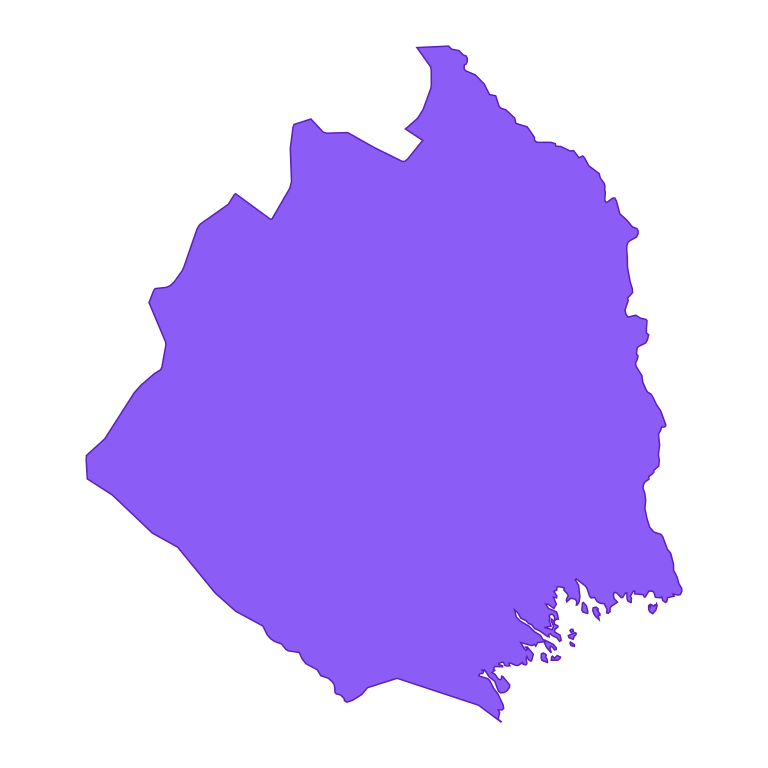 map outline of Norrbotten (orthographic projection)
{"feature_id": "SWE-190", "entity_name": "Norrbotten", "entity_type": "County", "adm_level": 1, "iso_a3": "SWE", "parent_name": "Sweden", "parent_adm1": "", "projection": "orthographic", "projection_center": [22.14, 67.052], "detail": "fine", "context": "isolated", "style": "filled", "palette": "violet", "viewbox_px": 768, "rotation_deg": 0, "n_neighbors": 0, "source": "natural_earth", "source_scale": "10m", "svg_char_len": 6106}
<svg xmlns="http://www.w3.org/2000/svg" viewBox="0 0 768 768"><path d="M402.3,161.4L404.9,161.3L407.4,159.3L422.7,140.4L405.4,129.0L417.6,118.3L423.1,109.5L430.9,88.2L431.3,85.0L431.2,70.0L430.8,67.1L416.9,47.6L448.6,46.1L451.7,49.2L459.0,50.6L463.1,54.9L466.0,55.9L467.3,58.3L467.3,61.3L466.2,64.0L464.3,65.0L464.1,68.5L465.3,70.6L475.4,75.0L484.2,84.0L489.5,94.6L495.7,95.8L499.1,106.4L501.1,108.3L505.8,109.8L514.7,118.0L515.9,123.4L527.2,126.8L534.4,137.3L534.6,140.4L536.7,142.3L551.1,142.4L555.3,143.7L555.8,146.2L560.7,146.5L570.2,151.0L573.6,150.6L579.0,157.7L582.8,156.0L584.4,157.7L588.9,165.9L599.2,173.6L600.2,177.9L604.0,183.1L605.0,185.9L604.7,189.9L605.4,192.5L604.8,199.2L605.0,200.7L605.9,202.1L607.3,202.1L612.6,198.1L614.8,198.0L616.4,201.0L619.9,213.9L626.5,219.8L632.4,226.9L636.8,228.5L638.1,230.7L638.1,233.6L636.6,237.0L630.0,240.6L627.9,242.5L626.9,245.5L626.7,249.5L627.3,257.1L627.5,267.2L630.1,281.5L632.3,288.6L632.6,292.6L627.5,298.2L628.3,300.2L625.0,310.0L625.9,314.2L628.1,317.1L635.8,315.2L640.3,318.1L646.2,319.5L647.0,320.7L646.4,329.3L646.5,333.2L648.7,334.7L647.4,340.0L645.7,342.9L638.3,346.6L637.1,348.1L636.5,354.1L638.1,356.0L637.0,360.0L635.5,363.0L636.1,366.4L641.9,375.6L642.8,382.3L645.9,389.3L647.5,392.0L650.7,393.9L652.4,396.2L656.5,404.7L660.6,410.7L665.8,424.8L665.5,426.3L664.5,426.9L661.5,427.3L660.6,430.4L658.5,434.2L659.6,445.2L658.4,454.5L659.3,460.5L658.7,466.1L653.8,470.4L653.8,472.2L652.4,473.9L648.8,476.6L648.9,479.3L645.2,481.7L643.6,484.3L643.0,488.2L644.8,493.3L645.7,500.4L644.9,508.5L647.0,518.6L649.6,527.1L653.9,532.0L661.1,534.5L662.7,536.6L667.4,549.3L670.7,553.3L673.5,564.1L673.6,570.4L677.1,577.0L678.9,583.7L681.7,588.4L681.8,591.4L680.3,594.6L677.9,595.1L672.8,593.9L674.3,596.2L667.6,597.6L666.8,601.5L665.6,602.5L662.7,600.4L661.7,596.8L660.5,597.8L655.4,597.3L653.9,592.3L652.3,591.2L648.9,591.1L645.2,597.0L644.3,597.0L643.2,594.7L634.6,593.9L635.0,591.5L633.5,590.9L630.3,596.3L631.4,598.0L631.2,602.3L630.9,602.6L627.8,600.9L627.0,598.4L626.9,592.9L625.4,593.1L622.6,597.5L621.1,597.6L616.9,593.1L614.5,592.4L613.6,593.6L613.6,596.6L614.2,598.7L617.5,602.2L611.3,606.3L610.0,608.3L610.1,611.5L608.3,613.3L606.6,612.9L607.1,609.4L604.2,603.7L600.2,603.3L597.0,601.4L594.9,597.9L594.0,597.5L591.1,598.0L589.5,596.0L587.3,589.1L585.8,586.4L576.5,579.0L575.2,579.6L578.6,585.3L579.9,596.7L579.2,601.6L577.5,604.7L576.4,605.1L576.7,601.2L574.9,599.1L570.9,598.2L566.8,601.8L566.4,600.3L566.8,598.4L568.2,595.9L567.3,593.7L563.9,590.2L564.4,587.9L559.4,586.7L556.9,587.1L556.7,590.2L553.9,591.3L556.8,595.9L556.6,597.9L553.4,597.2L556.3,604.2L553.9,608.5L548.2,604.3L545.7,604.2L548.6,608.5L556.4,611.8L557.5,614.5L558.3,619.2L556.5,619.2L554.9,620.5L554.2,616.4L552.7,614.4L550.8,614.3L549.1,615.8L549.9,617.8L549.2,620.5L551.1,626.2L544.4,627.5L552.2,629.6L553.5,626.2L551.1,620.5L551.6,619.1L552.7,619.8L554.5,622.8L554.0,623.9L557.8,625.8L558.1,626.8L555.0,629.4L554.5,630.9L555.2,632.3L560.0,635.1L561.3,640.2L559.6,641.4L557.1,637.9L552.1,635.5L550.4,633.6L548.7,634.5L549.1,636.9L547.1,636.3L540.0,631.0L534.7,628.6L531.5,624.5L528.6,623.6L526.2,620.8L520.8,618.2L517.8,612.7L514.6,609.8L516.2,616.8L520.4,621.2L529.0,626.2L534.8,632.0L540.4,635.3L543.0,639.6L545.3,640.3L543.5,641.8L537.6,642.6L535.7,646.2L534.4,644.4L531.8,645.6L520.7,642.5L524.0,648.3L525.9,650.4L527.5,649.4L525.5,647.2L527.3,647.0L533.3,654.2L531.8,660.1L530.8,661.2L528.6,659.8L526.9,656.5L526.2,658.5L526.9,663.6L525.9,664.9L523.1,664.3L522.6,662.4L518.3,665.4L516.1,665.5L510.2,663.0L508.9,663.4L509.9,665.8L506.6,666.0L504.9,665.4L503.4,662.3L501.8,662.3L498.8,663.4L498.8,664.5L502.6,665.8L502.6,666.8L494.8,666.5L493.4,669.2L494.8,670.3L491.9,672.6L494.9,674.2L498.5,679.2L500.1,679.7L501.4,678.9L501.6,676.2L502.9,676.7L509.7,684.9L509.5,687.3L507.3,690.5L504.1,692.5L500.8,692.9L498.5,691.4L494.7,681.4L489.0,676.7L484.6,669.9L482.2,670.2L483.7,671.4L482.7,673.5L479.8,673.7L478.8,675.9L487.7,678.6L489.9,680.8L494.1,689.0L498.0,694.1L503.0,704.7L503.7,708.3L502.3,709.8L498.3,710.0L499.6,712.6L498.2,719.3L501.2,721.7L500.9,721.9L478.5,705.2L397.1,678.3L367.5,687.7L361.8,694.5L352.8,700.2L346.9,702.2L344.4,700.6L344.2,698.6L340.6,695.0L336.4,693.9L335.0,692.5L334.7,687.3L334.0,684.2L332.1,681.6L328.2,678.2L320.8,675.7L317.3,669.8L305.8,663.6L302.1,658.8L299.2,652.5L288.2,650.8L285.8,649.3L281.6,644.0L274.3,641.3L270.6,638.7L267.1,634.7L262.9,626.0L235.6,611.2L215.2,593.0L177.7,547.2L152.4,533.1L112.3,495.0L87.3,478.9L86.2,460.2L86.4,455.5L104.7,438.9L134.3,392.7L140.9,385.3L154.3,373.7L160.6,369.8L161.9,367.1L165.8,345.3L165.7,342.2L149.0,302.6L153.7,290.5L155.1,288.6L166.1,287.4L170.3,285.6L174.2,281.9L182.0,271.0L183.7,267.5L196.9,229.4L198.6,226.2L200.4,224.0L228.4,204.2L234.2,194.8L235.6,193.7L270.4,219.3L272.0,218.9L289.7,188.4L291.5,181.7L290.3,148.1L293.0,127.3L294.1,124.4L310.9,119.0L323.2,132.1L326.6,133.2L347.7,132.6L374.7,147.8L402.3,161.4ZM546.5,647.4L544.2,642.2L547.0,641.1L553.5,644.5L556.3,647.9L556.3,649.4L554.5,650.0L552.7,647.4L550.7,646.3L550.1,646.9L550.1,649.1L551.2,652.1L550.8,652.3L546.5,647.4ZM656.6,603.9L657.1,605.6L655.9,610.0L652.8,613.7L650.0,612.0L648.7,609.6L648.6,605.9L649.2,605.0L650.3,607.1L650.8,604.4L653.7,606.1L655.1,604.7L656.0,605.7L656.6,603.9ZM597.2,610.1L600.1,614.1L599.9,615.3L598.6,615.0L598.4,615.9L599.2,619.8L596.0,616.9L594.0,614.0L592.8,610.8L593.1,607.9L596.1,607.1L598.0,608.6L598.2,609.9L597.2,610.1ZM583.0,612.1L581.9,610.3L581.9,609.3L582.5,603.1L583.3,602.4L586.4,605.8L587.9,611.9L587.5,613.5L583.0,612.1ZM541.9,660.4L541.1,657.8L541.4,653.9L543.3,653.0L545.9,654.4L546.2,655.4L545.6,657.1L547.1,659.4L547.5,661.5L547.4,662.5L541.9,660.4ZM557.2,655.5L560.5,657.1L560.0,658.5L557.6,660.3L551.2,660.2L551.8,656.6L552.7,656.2L554.5,658.3L557.2,655.5ZM568.3,635.6L575.1,632.6L576.2,633.3L575.9,634.9L574.2,636.3L573.1,639.3L569.0,637.7L568.3,635.6ZM570.4,642.0L574.1,644.4L574.5,645.5L574.3,646.4L571.0,645.6L570.0,643.4L570.4,642.0ZM571.1,632.4L570.0,630.6L571.0,629.4L572.9,629.3L573.5,631.4L571.1,632.4Z" fill="#8b5cf6" stroke="#5b21b6" stroke-width="1.5"/></svg>